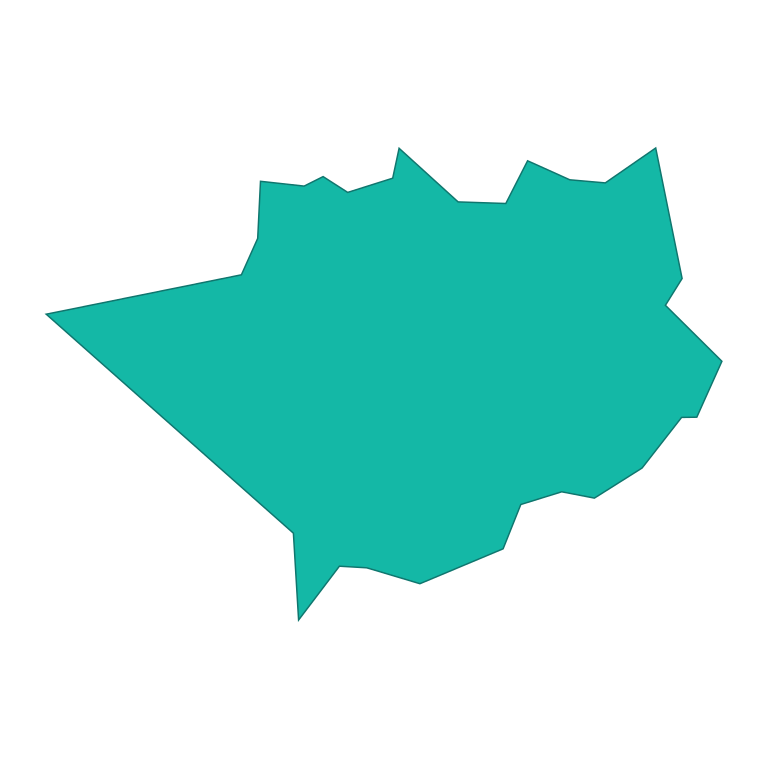 Koch, Unity, South Sudan (Natural Earth projection)
{"feature_id": "79223893B49077464819329", "entity_name": "Koch", "entity_type": "district", "adm_level": 2, "iso_a3": "SSD", "parent_name": "South Sudan", "parent_adm1": "Unity", "projection": "natural_earth1", "projection_center": [29.924, 8.602], "detail": "fine", "context": "isolated", "style": "filled", "palette": "teal", "viewbox_px": 768, "rotation_deg": 0, "n_neighbors": 0, "source": "geoboundaries", "source_scale": "gbopen_adm2", "svg_char_len": 515}
<svg xmlns="http://www.w3.org/2000/svg" viewBox="0 0 768 768"><path d="M696.8,417.2L704.9,399.1L721.9,361.3L665.4,305.3L682.1,278.5L655.7,148.0L605.3,182.9L569.8,179.8L527.6,160.8L505.8,203.5L458.1,201.9L399.1,148.3L392.7,178.2L347.7,192.4L323.1,176.6L304.1,186.1L260.5,181.3L257.7,238.4L241.4,274.8L46.2,314.2L293.4,533.2L298.6,620.0L339.4,566.2L366.7,567.8L419.9,583.7L503.1,548.8L520.8,504.5L561.7,491.8L594.4,498.1L642.1,468.0L681.6,417.4L696.8,417.2Z" fill="#14b8a6" stroke="#0f766e" stroke-width="1.5"/></svg>